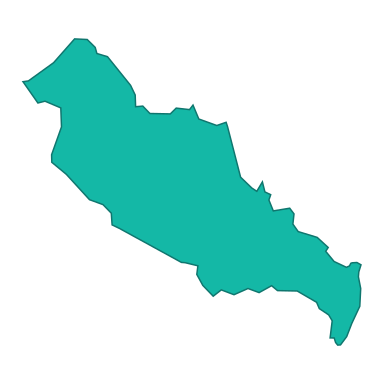 Liberty, Georgia, United States of America
{"feature_id": "52423323B31615661575159", "entity_name": "Liberty", "entity_type": "district", "adm_level": 2, "iso_a3": "USA", "parent_name": "United States of America", "parent_adm1": "Georgia", "projection": "mercator", "projection_center": [-81.411, 31.822], "detail": "fine", "context": "isolated", "style": "filled", "palette": "teal", "viewbox_px": 384, "rotation_deg": 0, "n_neighbors": 0, "source": "geoboundaries", "source_scale": "gbopen_adm2", "svg_char_len": 1115}
<svg xmlns="http://www.w3.org/2000/svg" viewBox="0 0 384 384"><path d="M330.1,337.9L334.2,338.0L335.6,342.5L337.7,345.1L340.5,344.9L346.7,336.6L351.8,323.4L359.8,306.3L360.7,288.5L358.4,276.8L358.8,271.9L361.0,264.8L356.9,262.5L352.1,262.8L350.8,263.3L349.5,265.9L346.4,267.3L334.1,261.5L325.7,251.3L328.2,247.5L317.2,237.4L298.2,231.6L292.9,224.1L294.0,213.9L289.7,208.2L273.3,210.9L268.9,200.0L270.7,194.7L264.9,191.9L262.4,181.9L256.8,191.3L251.8,188.0L240.6,177.2L227.5,126.5L226.1,122.3L216.8,125.5L198.8,119.0L193.0,105.1L189.5,109.6L176.2,108.1L170.3,113.9L149.9,113.5L142.8,106.1L135.6,106.7L135.2,95.0L130.6,85.4L107.5,56.7L96.9,53.5L95.2,47.4L87.2,39.5L74.6,38.9L53.6,62.7L28.4,80.9L23.0,81.7L37.9,103.0L45.0,101.2L60.8,107.9L61.5,126.9L51.6,154.7L51.8,162.3L66.3,174.3L89.5,199.7L103.0,204.6L111.3,213.2L112.1,224.9L119.2,228.3L181.4,262.4L185.2,262.7L197.9,265.8L196.8,274.4L202.8,285.4L213.2,296.2L221.3,289.9L234.0,294.7L248.0,288.5L259.1,292.6L271.6,285.7L277.5,290.6L297.2,291.0L316.6,302.3L319.3,308.6L328.7,314.9L332.2,320.8L330.1,337.9Z" fill="#14b8a6" stroke="#0f766e" stroke-width="1.5"/></svg>